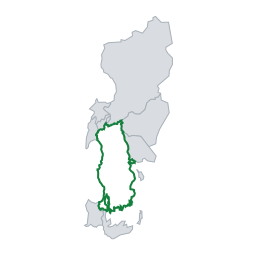 Turkey and the surrounding countries, rotated 266°
{"feature_id": "TUR", "entity_name": "Turkey", "entity_type": "country or territory", "adm_level": 0, "iso_a3": "TUR", "parent_name": "Asia", "parent_adm1": "", "projection": "orthographic", "projection_center": [34.29, 38.962], "detail": "fine", "context": "with_neighbors", "style": "outline", "palette": "green", "viewbox_px": 256, "rotation_deg": 266, "n_neighbors": 9, "source": "natural_earth", "source_scale": "50m", "svg_char_len": 9221}
<svg xmlns="http://www.w3.org/2000/svg" viewBox="0 0 256 256"><g transform="rotate(266 128 128)"><path d="M110.3,154.6L107.9,147.2L118.8,140.2L120.2,132.6L119.4,128.2L122.0,126.5L124.2,122.4L126.1,121.3L131.8,121.5L133.7,122.9L135.9,121.6L139.9,128.5L143.3,129.9L144.1,133.4L141.8,135.9L141.2,140.7L145.3,146.1L151.9,148.5L155.1,152.7L154.8,157.2L156.4,157.0L156.9,160.2L160.1,162.9L153.5,163.1L150.3,169.4L140.4,170.2L124.7,159.5L116.7,155.8L110.3,154.6Z" fill="#d9dde1" stroke="#a8b0b8" stroke-width="1"/><path d="M160.1,162.9L156.9,160.2L156.4,157.0L154.8,157.2L155.1,152.7L151.9,148.5L145.3,146.1L141.2,140.7L141.8,135.9L144.1,133.4L143.3,129.9L139.9,128.5L132.7,117.0L133.5,115.0L131.2,108.2L134.2,106.1L135.2,108.3L137.9,110.8L141.3,111.2L142.9,110.8L147.8,105.5L149.4,104.8L151.1,106.4L149.9,109.6L153.3,112.4L154.5,111.9L156.6,116.1L161.3,116.6L165.1,119.0L172.0,118.8L178.9,115.6L179.1,114.1L182.9,112.0L185.3,107.8L188.4,107.3L190.1,105.6L193.4,105.4L199.1,107.0L202.8,106.7L209.3,110.4L212.6,109.6L214.4,114.4L214.4,127.0L216.6,127.2L215.5,131.1L219.5,138.9L223.2,138.8L224.6,142.4L221.6,149.1L227.4,154.4L232.5,155.4L233.9,160.5L236.4,160.6L237.4,163.2L231.1,168.5L230.7,175.8L209.3,178.1L205.9,171.5L203.3,171.1L199.5,173.1L194.8,177.2L188.2,176.7L182.3,173.2L177.1,172.5L167.9,160.2L165.3,161.7L161.7,160.3L160.1,162.9Z" fill="#d9dde1" stroke="#a8b0b8" stroke-width="1"/><path d="M92.2,151.8L93.9,145.0L96.6,142.6L95.8,140.2L93.5,140.0L92.9,135.3L96.7,130.0L96.9,126.6L98.5,127.7L103.9,125.8L106.6,126.8L110.6,126.6L116.1,123.9L124.2,122.4L122.0,126.5L119.4,128.2L120.2,132.6L118.8,140.2L98.1,154.1L92.2,151.8Z" fill="#d9dde1" stroke="#a8b0b8" stroke-width="1"/><path d="M142.9,110.8L141.3,111.2L138.8,107.0L136.8,107.3L135.2,105.8L128.6,103.3L128.7,100.3L127.7,98.3L133.9,96.6L136.9,98.9L136.2,100.6L138.9,102.4L137.9,104.5L142.3,106.6L142.9,110.8Z" fill="#d9dde1" stroke="#a8b0b8" stroke-width="1"/><path d="M34.0,77.9L34.9,80.6L46.2,82.7L48.6,81.3L53.9,80.3L59.4,83.6L56.9,86.0L55.0,90.2L56.2,93.8L52.3,92.7L47.5,94.3L47.2,97.3L43.0,97.5L40.0,95.0L36.2,96.3L32.9,95.7L33.1,91.6L31.1,89.4L32.0,88.6L31.6,87.8L32.6,86.0L34.5,84.3L32.8,81.4L32.7,79.2L34.0,77.9Z" fill="#d9dde1" stroke="#a8b0b8" stroke-width="1"/><path d="M44.8,134.3L44.1,136.0L36.9,135.8L37.0,134.8L31.1,133.0L32.3,130.5L34.8,132.8L42.3,133.7L42.1,134.8L44.8,134.3ZM32.9,95.7L36.2,96.3L40.0,95.0L43.0,97.5L47.2,97.3L47.5,94.3L49.6,96.1L47.8,99.8L46.7,100.4L41.6,99.1L35.8,100.1L38.6,103.9L33.6,104.3L31.6,100.9L30.5,102.1L31.1,105.9L33.0,109.0L31.1,110.1L35.5,115.3L35.2,118.8L31.0,116.6L32.1,119.9L28.9,120.2L30.1,125.8L26.9,125.5L23.3,122.3L21.9,113.0L18.6,106.1L18.6,104.3L21.2,101.7L21.8,99.8L23.4,99.1L23.7,97.5L26.7,97.4L28.7,96.3L31.1,96.8L32.9,95.7Z" fill="#d9dde1" stroke="#a8b0b8" stroke-width="1"/><path d="M138.8,93.1L141.2,92.1L144.8,95.3L146.9,95.5L149.7,90.9L155.6,97.7L157.7,97.6L159.4,99.0L155.7,100.1L155.3,107.2L153.9,108.9L154.5,111.9L153.3,112.4L149.9,109.6L151.1,106.4L149.4,104.8L147.8,105.5L142.9,110.8L142.3,106.6L137.9,104.5L138.9,102.4L136.2,100.6L136.9,98.9L133.9,96.6L134.9,95.5L141.0,96.8L141.5,96.0L138.8,93.1ZM141.3,111.2L137.9,110.8L135.2,108.3L134.2,106.1L135.2,105.8L136.8,107.3L138.8,107.0L141.3,111.2Z" fill="#d9dde1" stroke="#a8b0b8" stroke-width="1"/><path d="M110.1,85.3L110.6,84.5L121.0,85.8L127.4,88.1L128.3,89.2L130.9,87.9L135.2,88.7L136.9,91.0L139.9,92.1L138.8,93.1L141.5,96.0L141.0,96.8L138.5,96.8L134.9,95.5L133.9,96.6L127.7,98.3L123.0,95.7L118.2,96.4L118.6,93.7L117.1,89.6L114.4,87.6L111.8,87.1L110.1,85.3Z" fill="#d9dde1" stroke="#a8b0b8" stroke-width="1"/><path d="M83.4,138.0L78.2,140.4L75.8,139.6L74.6,137.1L77.4,136.9L78.1,135.4L81.7,135.6L86.3,133.7L82.9,136.4L83.4,138.0Z" fill="#d9dde1" stroke="#a8b0b8" stroke-width="1"/><path d="M118.0,96.5L118.9,96.7L119.3,96.9L119.5,96.9L119.9,96.5L121.2,96.4L122.4,96.6L122.6,96.4L122.8,95.9L122.9,95.7L123.3,95.6L123.6,95.7L123.8,95.7L124.0,96.2L124.4,96.3L125.1,96.9L125.6,97.1L125.7,97.3L125.6,97.6L125.9,97.8L126.3,97.8L126.6,97.8L126.8,97.8L127.0,97.9L127.0,98.2L127.1,98.5L127.5,98.8L127.8,99.0L128.0,99.2L128.4,100.0L128.6,100.5L128.6,100.9L128.4,101.4L128.0,102.0L128.3,102.5L128.7,103.4L128.9,103.9L128.8,104.0L128.7,104.1L129.3,104.4L130.1,104.6L130.4,104.6L131.1,104.4L131.7,104.3L132.2,104.6L133.0,105.1L133.9,105.9L134.4,106.4L134.2,106.5L133.2,105.8L132.9,106.1L132.7,106.5L132.5,108.1L132.3,108.2L131.3,108.3L130.9,108.4L130.9,108.5L131.1,108.9L131.2,109.5L131.5,109.7L131.7,109.9L131.8,110.4L131.7,110.8L131.8,111.2L132.2,111.6L132.4,111.7L132.4,112.5L132.6,112.9L132.7,113.4L132.8,114.2L132.8,114.4L132.9,114.5L133.5,114.5L133.6,114.8L133.3,115.2L133.2,115.9L133.1,116.1L132.9,116.6L132.8,117.0L132.7,117.4L132.8,117.6L133.3,117.6L133.7,117.8L134.5,118.2L134.7,118.4L134.5,118.8L134.6,119.0L134.7,119.3L134.8,120.1L135.5,120.5L135.9,120.9L135.9,121.0L135.8,121.3L135.9,121.8L135.7,121.7L135.1,121.7L134.2,122.5L133.7,123.0L133.3,122.9L133.2,122.6L133.2,121.7L133.0,121.4L132.9,121.3L132.6,121.2L132.1,121.1L131.8,121.4L131.3,121.8L130.6,121.8L129.8,121.8L128.7,121.5L127.7,121.3L126.9,121.6L126.6,121.6L126.1,121.4L126.0,121.5L125.5,122.2L124.7,123.0L124.3,123.2L124.0,122.5L123.7,122.2L123.4,122.1L123.2,122.2L122.8,122.7L121.9,123.1L120.2,123.6L119.0,123.9L117.5,123.7L116.8,123.8L116.2,123.9L115.0,124.5L113.0,125.8L111.4,126.4L109.8,126.9L108.6,126.9L107.6,126.9L106.9,126.9L106.5,126.8L105.9,126.4L105.3,126.0L104.6,125.8L104.0,125.8L102.6,126.5L101.7,126.9L100.4,127.5L99.1,127.5L98.5,127.5L98.1,127.2L97.9,126.9L97.1,126.7L96.5,126.7L96.4,126.8L96.2,127.3L96.0,128.8L96.5,130.0L95.7,130.3L95.4,130.4L95.2,130.6L95.1,131.6L94.6,131.8L94.4,132.0L94.1,132.7L93.2,132.2L92.8,132.2L93.1,131.7L92.4,129.8L92.7,129.2L93.4,128.4L94.2,127.6L94.1,126.7L93.9,126.4L93.5,126.1L92.8,126.5L92.3,126.9L92.0,127.0L91.6,127.2L91.4,127.7L91.0,128.0L90.3,128.2L89.2,127.8L88.1,127.3L87.4,126.8L86.9,126.7L86.4,126.9L84.9,128.0L83.5,129.6L83.2,129.9L81.9,130.6L81.0,130.8L80.6,130.8L78.9,131.1L78.1,131.1L77.4,131.5L76.1,131.0L75.4,130.5L74.9,130.0L74.2,128.9L73.6,128.3L72.5,127.8L70.4,126.6L69.9,126.4L68.4,126.2L66.9,126.1L66.6,126.5L66.4,128.1L66.2,128.6L66.0,129.4L65.8,129.7L65.5,129.8L65.1,129.5L64.8,129.4L64.0,129.7L62.5,130.2L62.0,130.2L60.4,129.5L59.8,129.0L59.4,128.6L59.3,127.8L59.1,127.4L59.0,126.7L58.7,126.6L58.3,126.8L57.9,126.8L57.4,126.6L56.3,125.9L55.4,125.8L54.9,126.5L54.4,126.7L54.0,126.8L54.0,126.6L54.3,126.1L53.0,126.1L52.2,126.4L51.7,126.3L51.2,126.1L51.3,125.9L51.8,125.9L52.1,125.7L53.6,125.7L54.0,125.6L54.4,125.0L55.1,124.6L55.2,124.4L52.4,124.4L50.9,124.2L50.7,124.4L50.4,124.4L50.4,123.8L50.7,123.5L51.0,123.6L51.8,123.4L51.8,122.8L51.2,122.4L51.1,122.2L50.7,122.1L50.4,121.9L50.4,121.2L50.2,120.5L49.8,120.2L50.6,119.8L50.8,118.9L50.7,118.3L50.4,118.2L49.4,117.6L49.1,117.7L48.8,117.1L48.2,116.7L47.9,116.8L47.7,117.0L47.4,116.9L47.0,116.5L46.6,116.3L46.4,116.1L46.7,115.5L47.0,115.6L47.1,115.1L46.9,114.3L47.0,114.0L47.3,113.9L47.6,114.0L47.9,114.5L48.0,114.9L47.9,115.3L48.1,115.7L48.2,115.9L48.4,115.4L48.5,115.4L48.7,115.6L49.2,115.7L50.3,115.5L50.5,115.3L49.7,115.3L49.4,115.1L49.1,114.6L49.0,114.1L48.9,113.6L49.0,113.5L49.6,113.3L50.1,112.6L49.9,112.4L49.7,112.3L49.4,112.3L49.2,112.1L49.2,111.8L49.4,111.5L49.5,111.2L48.8,110.0L48.9,109.7L49.4,109.3L50.0,108.7L49.9,108.5L49.6,108.4L48.0,108.5L47.3,108.7L46.2,108.7L46.1,108.4L46.2,108.1L46.5,107.6L46.6,106.2L46.8,105.5L47.4,105.4L48.3,104.4L49.6,103.2L50.9,103.4L51.4,103.1L52.2,103.1L52.4,103.6L53.0,104.0L54.2,104.0L54.8,103.7L54.3,103.1L54.4,102.9L54.9,103.0L55.5,103.1L55.5,103.3L55.3,103.5L55.1,103.8L55.3,103.9L56.8,103.8L58.4,104.0L58.9,104.0L60.2,104.0L60.4,103.9L60.0,103.6L59.7,103.5L59.2,103.1L60.0,102.6L60.5,102.5L62.6,102.2L64.2,102.1L62.0,101.6L61.5,101.3L60.8,100.7L60.6,100.3L60.8,99.2L61.1,99.0L61.9,99.0L64.6,99.6L66.6,99.4L68.7,100.2L70.8,100.1L71.2,99.8L71.8,98.8L74.7,97.3L75.7,96.4L76.8,96.0L78.7,95.5L80.3,94.8L80.7,94.7L84.4,95.1L87.0,95.1L88.1,94.5L88.8,94.7L88.7,94.9L88.6,95.1L88.7,95.5L89.1,96.1L89.5,96.5L90.7,97.1L92.3,96.6L92.9,96.7L93.5,98.3L94.0,98.9L94.6,99.2L95.1,99.3L95.4,98.9L95.7,98.7L96.3,98.6L97.3,99.1L97.7,99.7L99.4,100.1L100.9,100.2L101.6,100.7L103.8,101.1L104.6,100.9L106.0,100.4L108.6,99.7L110.4,100.3L110.9,100.4L111.3,100.3L111.9,100.5L112.5,100.3L114.4,99.3L115.0,98.8L115.6,98.6L116.2,98.2L117.6,97.1L118.0,96.5ZM56.2,94.1L56.1,94.8L56.3,95.6L56.9,96.7L57.5,97.3L60.2,98.8L60.7,98.9L60.5,99.5L60.3,99.9L60.1,100.2L59.3,100.4L57.1,99.7L56.6,99.6L56.1,99.7L55.4,100.0L54.6,99.8L53.4,100.0L53.0,100.8L52.2,101.7L50.8,102.3L49.8,102.7L48.3,104.0L47.6,104.8L46.9,105.0L47.1,104.6L47.3,104.3L47.3,104.0L47.3,103.6L47.8,103.1L48.3,102.8L49.6,102.4L50.0,101.9L49.0,101.8L48.0,101.8L47.3,101.7L46.8,101.7L46.5,101.0L46.9,100.8L47.3,100.4L48.0,99.7L48.2,99.4L48.2,99.2L48.1,98.8L48.2,97.9L49.2,97.4L49.5,97.3L49.6,97.1L49.6,96.4L49.5,95.8L49.4,95.8L49.1,95.6L48.8,95.2L48.4,95.0L48.4,94.8L48.5,94.7L49.3,94.4L49.7,93.7L49.9,93.6L50.7,93.6L51.1,93.6L51.5,93.4L51.7,93.2L52.6,93.1L52.8,93.1L53.0,93.2L53.8,94.0L54.0,94.2L54.6,94.0L55.3,94.1L55.4,93.9L55.6,93.9L56.2,94.1ZM45.9,104.5L44.8,104.6L44.5,104.4L44.9,104.1L45.5,103.9L45.9,104.3L45.9,104.5Z" fill="none" stroke="#15803d" stroke-width="2"/></g></svg>